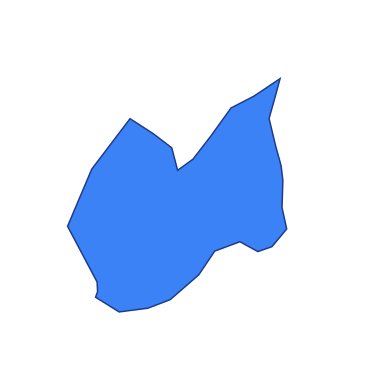 SVG path tracing the border of Escaldes-Engordany, rotated 134°
{"feature_id": "AND-4881", "entity_name": "Escaldes-Engordany", "entity_type": "state/province", "adm_level": 1, "iso_a3": "AND", "parent_name": "Andorra", "parent_adm1": "", "projection": "robinson", "projection_center": [1.58, 42.496], "detail": "fine", "context": "isolated", "style": "filled", "palette": "blue", "viewbox_px": 384, "rotation_deg": 134, "n_neighbors": 0, "source": "natural_earth", "source_scale": "10m", "svg_char_len": 525}
<svg xmlns="http://www.w3.org/2000/svg" viewBox="0 0 384 384"><g transform="rotate(134 192 192)"><path d="M334.7,188.3L329.3,190.7L322.7,197.7L303.1,257.7L245.2,280.0L182.3,287.5L177.0,260.4L174.3,237.2L186.4,217.4L167.6,214.1L138.0,217.4L104.4,222.3L80.2,214.1L49.3,207.4L64.1,199.2L85.6,187.6L100.4,164.4L111.2,146.2L120.6,134.6L140.7,116.4L152.8,98.2L175.7,96.5L189.1,103.2L194.5,123.0L218.7,134.6L246.9,129.6L284.5,132.9L306.0,142.9L328.9,161.1L334.7,188.3Z" fill="#3b82f6" stroke="#1e3a8a" stroke-width="1.5"/></g></svg>